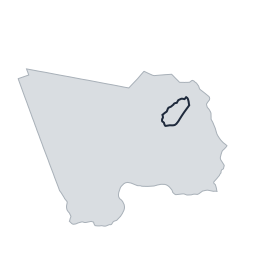 Libya, with Wadi al Hayaa highlighted, rotated 161°
{"feature_id": "LBY-5488", "entity_name": "Wadi al Hayaa", "entity_type": "Municipality", "adm_level": 1, "iso_a3": "LBY", "parent_name": "Libya", "parent_adm1": "", "projection": "robinson", "projection_center": [12.828, 26.42], "detail": "fine", "context": "in_parent", "style": "outline", "palette": "slate", "viewbox_px": 256, "rotation_deg": 161, "n_neighbors": 0, "source": "natural_earth", "source_scale": "10m", "svg_char_len": 3495}
<svg xmlns="http://www.w3.org/2000/svg" viewBox="0 0 256 256"><g transform="rotate(161 128 128)"><path d="M42.5,77.5L43.8,76.8L45.7,76.0L46.6,75.4L47.0,74.9L48.5,72.9L49.2,71.8L50.2,70.3L50.6,69.2L50.7,68.2L50.5,67.0L49.8,64.2L49.2,61.4L49.7,60.4L50.1,59.9L50.9,58.6L51.3,58.3L53.1,57.9L53.9,57.0L54.5,56.0L54.6,55.4L55.4,54.8L56.4,54.2L57.0,53.4L59.0,52.2L60.8,51.1L62.8,50.0L64.4,49.1L64.8,48.3L64.8,47.7L63.9,46.1L63.9,44.3L64.0,42.8L64.1,41.9L64.5,39.5L64.5,39.1L66.1,39.9L67.8,40.3L72.9,43.3L74.5,43.7L78.1,44.1L82.3,42.8L83.9,42.6L86.6,43.8L87.8,44.1L89.9,44.2L93.4,45.2L94.3,45.6L96.3,47.3L97.3,47.8L104.5,49.4L105.5,50.4L106.6,52.4L106.6,54.8L107.2,56.6L108.1,58.9L109.2,60.6L110.4,61.9L111.8,62.8L115.0,64.0L118.6,64.5L122.3,64.7L128.5,66.4L133.8,68.4L135.1,69.4L137.8,70.4L143.1,75.0L146.1,76.7L148.2,77.0L150.0,76.7L153.3,75.1L154.6,74.1L157.8,70.0L158.8,67.9L159.2,66.4L159.1,64.9L158.7,63.6L157.7,62.1L157.0,60.2L156.6,56.8L157.0,54.5L157.6,53.1L158.6,51.6L161.3,48.9L163.9,46.9L168.7,44.4L171.5,44.4L172.6,44.1L174.9,42.3L175.8,42.2L177.1,42.7L180.9,42.5L182.6,43.0L184.6,44.2L187.2,44.8L189.0,45.5L190.9,46.4L191.4,48.6L191.2,49.3L191.2,50.2L193.2,51.7L198.8,52.4L199.9,52.8L201.5,54.0L202.5,54.3L206.3,54.5L208.5,54.3L210.7,54.7L211.5,55.1L212.3,56.0L213.4,58.2L213.8,59.0L213.4,59.3L212.8,60.1L212.5,60.8L211.5,61.9L210.7,63.1L210.9,64.9L211.1,66.7L211.8,68.4L212.3,70.4L212.2,71.6L211.9,73.2L211.4,74.5L209.8,77.2L209.6,77.8L209.7,78.7L210.9,81.9L211.0,82.9L211.7,86.0L212.3,88.6L212.9,90.5L213.1,91.1L213.1,94.0L213.2,96.9L213.3,99.8L213.4,102.7L213.5,105.7L213.5,108.6L213.6,111.5L213.7,114.4L213.8,117.3L213.9,120.2L213.9,123.2L214.0,126.1L214.1,129.0L214.2,131.9L214.3,134.8L214.4,137.7L214.4,140.7L214.5,143.6L214.6,146.5L214.6,149.4L214.7,152.3L214.8,155.2L214.8,158.2L214.9,161.1L214.9,164.0L215.0,166.9L215.1,169.8L215.1,172.8L215.2,175.7L215.2,178.6L215.3,181.5L215.3,184.4L215.5,190.9L215.6,197.4L215.7,203.8L215.8,210.3L215.7,210.4L212.9,210.4L210.1,210.4L207.4,210.4L204.6,210.4L204.6,212.0L204.6,213.6L204.7,215.3L204.7,216.9L199.2,213.8L193.8,210.7L188.3,207.7L182.9,204.6L177.5,201.5L172.0,198.4L166.6,195.4L161.2,192.3L155.8,189.2L150.3,186.2L144.9,183.1L139.5,180.0L134.1,176.9L128.7,173.9L123.3,170.8L118.0,167.7L114.2,165.6L110.2,167.7L107.1,169.3L103.0,171.4L98.3,174.2L94.6,176.3L94.3,176.3L90.5,172.6L87.5,169.8L86.2,169.0L80.6,167.6L75.1,166.2L69.3,164.6L68.2,162.4L67.0,159.8L65.4,156.6L64.5,154.6L64.1,154.3L59.7,152.7L55.0,151.2L52.2,152.1L51.7,152.1L50.9,151.5L50.2,150.7L49.7,149.6L48.6,148.1L47.6,144.7L47.6,142.0L47.4,141.1L44.9,137.3L42.7,133.8L41.3,131.5L41.0,130.5L41.2,129.2L41.8,128.1L43.9,126.7L45.9,125.2L46.2,124.2L46.3,121.4L45.7,120.5L45.2,118.8L44.8,116.6L44.7,115.1L45.6,112.2L46.6,109.2L46.0,105.9L45.6,99.2L45.9,93.9L45.7,91.9L45.5,91.1L44.9,88.6L44.1,86.1L43.7,85.2L42.7,83.1L41.0,80.5L40.2,79.0L41.4,78.1L42.5,77.5Z" fill="#d9dde1" stroke="#a8b0b8" stroke-width="1"/><path d="M91.7,117.7L92.2,118.2L92.4,119.6L92.3,121.3L92.8,122.2L93.4,123.0L93.5,123.7L92.9,125.2L91.6,126.4L91.2,127.9L91.2,129.2L88.3,130.3L86.2,130.9L85.4,131.6L84.2,133.1L83.1,134.0L80.4,134.2L78.6,134.9L77.5,135.3L76.6,136.0L75.2,136.2L73.7,135.9L72.6,136.9L71.4,137.9L70.2,138.1L68.1,138.3L67.1,138.0L65.1,136.9L63.0,138.2L62.2,137.1L61.9,135.7L62.1,133.2L62.5,131.2L62.7,129.6L64.2,128.5L66.8,126.7L69.8,124.6L73.1,122.1L76.1,119.7L78.3,117.9L80.9,116.2L82.9,115.6L84.7,115.9L87.7,117.0L91.7,117.7Z" fill="none" stroke="#1e293b" stroke-width="2"/></g></svg>